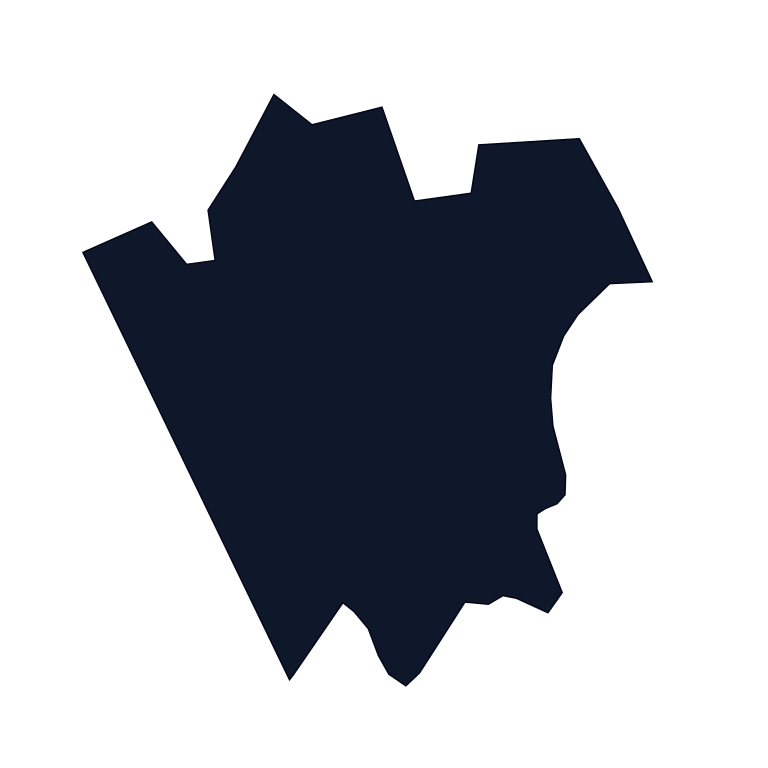 an SVG outline of Vainodes, rotated 82°
{"feature_id": "LVA-5713", "entity_name": "Vainodes", "entity_type": "Municipality", "adm_level": 1, "iso_a3": "LVA", "parent_name": "Latvia", "parent_adm1": "", "projection": "equal_earth", "projection_center": [21.86, 56.449], "detail": "fine", "context": "isolated", "style": "filled", "palette": "ink", "viewbox_px": 768, "rotation_deg": 82, "n_neighbors": 0, "source": "natural_earth", "source_scale": "10m", "svg_char_len": 709}
<svg xmlns="http://www.w3.org/2000/svg" viewBox="0 0 768 768"><g transform="rotate(82 384 384)"><path d="M631.0,529.2L211.8,663.8L191.2,591.5L238.1,562.8L238.2,534.0L187.4,534.0L148.4,500.5L82.1,452.7L117.3,419.2L109.6,347.5L207.1,328.4L207.2,271.1L160.4,256.8L168.3,156.5L242.4,127.9L320.0,104.2L316.0,146.6L342.1,182.2L361.3,199.3L388.8,214.7L421.3,221.0L449.3,222.6L499.3,216.8L518.9,220.2L526.6,229.3L529.7,241.4L533.9,250.6L549.0,252.8L615.4,236.6L633.3,253.5L614.6,282.7L610.1,295.7L616.6,311.3L611.2,334.2L675.1,389.1L685.9,404.4L672.0,419.6L652.2,427.3L624.1,433.6L605.4,445.2L594.8,455.1L659.3,514.2L662.8,517.8L663.7,518.7L631.0,529.2Z" fill="#0f172a" stroke="#020617" stroke-width="1.5"/></g></svg>